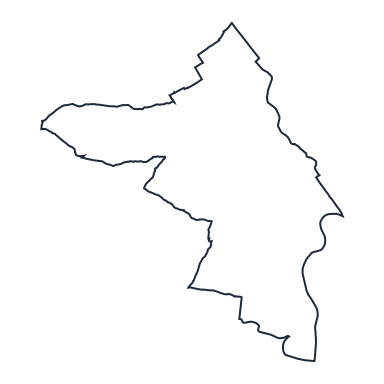 Ionesti, Gorj, Romania
{"feature_id": "2599482B1441582003717", "entity_name": "Ionesti", "entity_type": "district", "adm_level": 2, "iso_a3": "ROU", "parent_name": "Romania", "parent_adm1": "Gorj", "projection": "orthographic", "projection_center": [23.41, 44.619], "detail": "fine", "context": "isolated", "style": "outline", "palette": "slate", "viewbox_px": 384, "rotation_deg": 0, "n_neighbors": 0, "source": "geoboundaries", "source_scale": "gbopen_adm2", "svg_char_len": 5995}
<svg xmlns="http://www.w3.org/2000/svg" viewBox="0 0 384 384"><path d="M243.8,38.5L234.9,27.3L231.8,23.0L226.9,29.2L223.7,31.3L224.1,31.7L222.8,34.2L221.1,37.2L219.9,38.6L218.8,39.4L219.3,40.3L213.0,44.6L209.3,46.8L208.0,47.8L207.4,48.5L198.2,54.8L198.1,55.3L203.0,62.8L200.5,64.0L195.1,67.4L201.9,79.3L198.2,81.8L198.1,82.0L187.9,88.0L187.7,87.6L184.6,89.1L183.9,87.9L178.3,90.8L174.9,92.8L174.2,92.1L173.9,92.9L173.6,93.3L169.6,95.4L170.9,97.1L171.0,97.9L172.1,99.4L172.4,99.2L172.8,99.6L174.2,102.4L173.3,101.8L172.4,101.7L170.9,102.3L169.9,103.1L169.2,103.4L167.7,103.2L166.9,103.3L166.1,103.1L164.9,103.9L163.9,104.3L161.1,104.4L159.4,104.8L157.9,104.4L156.0,104.6L151.4,106.6L149.5,106.9L147.0,107.5L145.7,107.3L144.5,107.3L144.0,107.7L143.2,108.8L142.2,109.2L139.9,108.9L137.4,109.1L133.9,108.9L132.9,108.5L129.1,105.4L128.3,105.1L127.2,105.0L125.1,105.1L122.8,105.1L119.9,105.8L118.4,106.4L115.9,106.7L114.8,106.4L109.4,106.2L102.8,105.2L101.2,105.2L100.0,104.7L98.1,104.7L95.8,104.4L94.0,104.0L92.6,104.2L89.8,104.2L89.0,104.5L86.1,104.2L84.6,104.7L82.8,105.7L79.9,106.4L79.0,106.4L78.0,106.1L74.1,104.7L73.2,104.1L72.3,104.0L66.2,105.3L64.3,105.2L62.6,106.0L58.0,108.8L55.5,110.7L53.5,112.6L49.3,115.5L48.1,116.7L46.6,118.7L45.5,119.7L43.7,120.8L42.2,120.8L42.0,121.1L42.1,121.3L42.6,121.9L42.7,122.3L41.7,125.1L41.3,129.2L42.5,129.0L45.0,129.0L45.7,129.1L47.2,129.8L49.6,131.3L50.9,131.7L52.0,132.8L52.4,133.1L55.2,134.0L56.1,135.2L57.3,136.0L60.8,139.2L65.1,142.5L66.0,143.1L68.6,145.5L71.1,146.8L72.1,147.1L73.7,148.4L74.6,149.3L74.9,150.5L75.0,152.1L75.5,153.2L75.9,154.9L78.3,156.1L80.9,156.1L84.1,155.7L81.8,157.6L84.9,158.2L85.7,158.6L94.0,160.3L102.1,161.3L104.0,162.4L104.9,163.2L107.7,164.2L110.3,164.8L113.1,166.0L114.2,165.7L116.5,164.7L117.8,164.5L118.8,164.6L119.8,164.1L121.1,163.9L122.4,163.1L123.4,162.8L124.1,162.3L125.7,162.2L126.9,161.7L127.7,161.9L128.5,161.5L129.1,161.7L129.6,161.6L130.8,161.1L133.5,162.0L134.2,161.4L135.0,161.2L137.4,161.6L139.0,161.5L140.4,161.1L143.7,162.1L144.6,162.0L146.1,162.0L148.5,160.7L150.2,159.2L151.9,158.5L152.3,158.1L152.6,157.1L153.7,156.8L155.4,156.9L156.9,156.4L158.2,156.5L159.5,156.8L161.1,156.7L164.9,156.8L165.0,157.7L164.4,158.7L162.8,159.9L162.3,161.0L160.2,163.5L159.5,163.9L157.8,166.6L157.1,167.1L156.8,167.8L155.6,168.1L155.3,168.5L155.6,168.7L154.9,170.1L155.1,170.8L153.8,173.7L153.6,175.0L153.1,176.6L152.5,177.6L151.9,178.1L151.2,178.6L149.1,180.9L147.2,182.6L145.7,184.3L145.7,184.8L145.1,185.6L144.2,187.5L144.1,188.2L146.5,190.0L149.2,191.9L150.3,192.1L154.7,194.0L158.4,195.3L159.2,195.7L162.0,197.9L163.5,199.4L163.9,199.7L165.5,200.4L167.0,201.4L167.7,202.2L168.6,202.5L169.5,202.7L171.2,203.7L172.4,204.8L174.2,207.2L175.2,207.9L176.1,208.3L177.6,208.6L178.3,209.1L179.5,209.6L183.2,210.2L182.8,210.5L184.7,211.4L189.2,214.1L189.8,215.0L190.7,217.0L191.7,218.0L193.2,218.5L196.0,219.8L197.5,220.1L199.8,219.4L203.5,219.4L204.4,219.5L206.9,220.6L208.9,221.0L210.6,220.9L211.7,221.4L210.8,224.4L210.5,224.8L210.4,225.5L209.8,226.7L209.6,227.4L208.5,229.0L208.4,229.9L208.8,231.3L208.9,232.1L208.3,238.3L209.3,238.3L209.1,239.6L208.9,239.9L208.9,240.8L209.3,241.3L210.0,241.5L211.6,241.1L211.3,242.1L210.6,246.9L208.0,249.4L207.4,251.9L206.8,253.1L206.1,254.2L205.5,255.6L205.0,256.4L204.6,256.8L203.6,257.5L202.9,258.2L202.3,259.0L202.0,259.8L199.9,263.4L197.7,271.1L195.5,275.8L194.0,279.7L193.9,280.6L193.0,281.2L192.1,283.3L190.0,285.3L189.0,286.6L188.4,287.6L189.6,287.4L190.8,287.5L197.0,288.9L200.8,289.6L204.8,289.7L208.2,290.2L212.7,290.4L214.3,290.7L216.6,291.4L220.8,293.1L225.0,294.3L226.7,294.4L228.0,293.9L228.8,294.2L229.9,294.2L230.5,294.5L231.5,294.6L232.5,295.4L233.5,295.7L234.4,296.1L234.6,296.7L236.1,296.3L238.0,296.7L239.9,296.7L241.5,297.1L241.7,297.6L241.5,299.3L239.3,319.0L241.6,319.5L242.2,321.2L243.0,322.4L243.9,322.7L245.1,322.7L251.1,321.6L255.8,322.8L258.7,325.2L259.0,325.8L259.0,326.6L258.5,327.8L258.2,329.7L258.2,330.2L258.4,330.7L258.6,331.1L259.3,331.7L260.7,332.1L261.7,332.5L262.9,332.6L266.0,333.5L269.9,334.4L273.8,336.0L277.5,337.8L278.6,338.1L280.2,338.2L282.8,337.9L284.5,337.5L286.9,336.2L288.0,335.9L288.8,336.3L289.1,336.6L287.7,337.4L285.7,339.5L284.4,341.3L283.5,343.4L283.1,345.1L282.9,347.3L283.0,349.1L283.2,350.4L283.9,352.4L285.4,354.9L297.7,358.7L301.4,359.5L305.5,360.3L314.4,361.0L314.8,358.6L315.0,356.3L316.0,342.3L315.9,337.9L315.6,335.0L315.6,332.8L315.2,329.3L315.1,327.2L315.6,324.3L317.4,317.4L317.7,315.7L317.8,314.3L317.4,310.8L316.9,308.9L314.6,304.5L309.8,296.7L308.7,295.3L307.9,293.8L306.6,290.7L302.6,273.6L302.6,269.1L303.7,265.1L306.0,260.0L307.3,258.0L308.9,256.1L310.0,255.0L311.2,253.3L312.1,252.6L314.8,251.7L317.2,251.2L320.4,250.2L321.5,249.5L323.3,247.4L324.5,244.9L324.9,243.8L325.2,241.4L325.2,239.2L324.9,237.1L324.4,235.5L321.5,229.7L320.6,226.6L320.2,223.1L320.5,221.7L321.3,220.2L323.1,217.3L324.6,215.9L325.9,215.1L328.0,214.3L330.2,214.0L336.2,213.8L337.3,214.0L339.1,214.6L341.2,215.5L342.7,216.2L341.7,214.0L341.8,213.7L339.8,210.3L336.0,205.2L334.0,202.2L331.4,198.7L329.7,196.8L328.2,194.2L325.8,191.2L324.0,188.6L319.3,182.2L317.6,179.5L316.1,177.4L319.4,175.1L318.3,174.2L315.4,169.5L314.8,168.0L315.0,167.0L315.5,166.0L315.9,165.5L316.0,164.8L316.2,164.1L316.1,162.4L315.8,161.2L314.0,159.6L311.6,158.1L310.5,157.6L308.1,157.1L306.9,156.6L306.5,156.0L306.4,155.4L306.4,154.4L306.2,153.7L305.7,152.8L305.3,152.5L304.8,152.5L303.1,150.8L300.6,148.9L299.9,148.2L298.8,146.9L297.9,146.1L296.9,145.4L295.4,144.6L294.6,143.9L293.3,144.3L292.2,144.0L291.2,143.3L290.7,142.7L289.4,139.7L287.9,137.3L285.9,135.4L283.5,133.9L281.6,132.5L280.4,130.8L278.0,126.1L278.4,123.1L279.3,119.4L279.6,117.7L279.3,116.4L278.2,113.6L275.9,108.9L274.3,107.3L267.9,102.5L266.9,98.1L267.0,96.8L267.7,93.6L267.8,91.5L268.0,90.5L268.7,88.3L271.8,79.5L272.0,77.8L271.9,77.2L271.3,76.1L267.8,72.5L266.8,71.8L264.7,70.8L262.3,69.3L259.9,66.4L255.6,61.7L259.2,58.2L253.1,50.6L243.8,38.5Z" fill="none" stroke="#1e293b" stroke-width="2"/></svg>